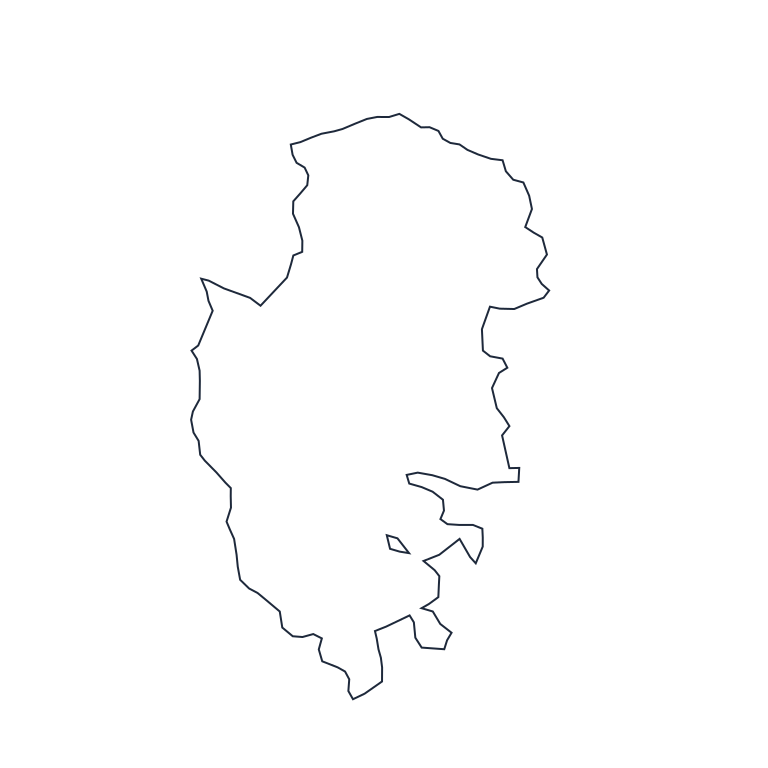 the district of Guapirama, Paraná, Brazil, rotated 232°
{"feature_id": "56859067B61093640054978", "entity_name": "Guapirama", "entity_type": "district", "adm_level": 2, "iso_a3": "BRA", "parent_name": "Brazil", "parent_adm1": "Paraná", "projection": "robinson", "projection_center": [-50.09, -23.472], "detail": "fine", "context": "isolated", "style": "outline", "palette": "slate", "viewbox_px": 768, "rotation_deg": 232, "n_neighbors": 0, "source": "geoboundaries", "source_scale": "gbopen_adm2", "svg_char_len": 2219}
<svg xmlns="http://www.w3.org/2000/svg" viewBox="0 0 768 768"><g transform="rotate(232 384 384)"><path d="M380.4,575.3L385.7,592.1L402.0,598.9L411.0,595.2L420.7,591.9L430.8,608.3L443.0,614.3L457.0,617.9L465.4,611.6L476.6,611.0L487.3,615.2L495.6,606.9L506.9,599.5L517.1,593.9L526.3,591.0L533.1,584.7L541.1,581.3L549.9,582.7L558.3,578.0L563.4,571.2L577.4,566.5L587.4,562.4L591.3,552.3L598.6,543.1L603.4,533.7L606.9,521.6L610.5,508.3L613.8,500.3L619.7,488.8L623.0,478.2L626.1,467.0L630.1,458.0L620.9,453.1L612.1,451.3L603.4,454.7L595.0,452.8L587.9,445.9L585.7,435.3L583.8,425.0L574.2,417.1L559.9,413.5L547.2,407.9L538.5,400.9L541.1,391.7L535.5,384.3L527.6,373.1L521.7,334.9L534.3,331.5L557.9,316.7L573.4,309.5L579.5,304.8L566.0,301.2L557.6,296.9L547.2,294.1L528.7,261.3L528.8,252.9L518.9,252.0L508.0,246.9L499.8,240.8L485.6,229.4L480.0,216.5L474.6,210.0L463.0,204.0L453.3,202.9L441.4,195.6L433.9,195.6L417.4,197.5L403.9,198.3L396.3,199.2L389.9,194.1L380.8,187.3L372.5,175.2L364.4,173.0L354.2,170.5L340.2,162.7L330.1,156.3L318.3,150.1L305.9,151.8L297.2,155.7L289.1,157.5L268.9,161.8L254.7,153.9L241.4,156.8L234.8,164.0L230.5,174.3L221.8,178.4L215.0,169.2L203.5,164.6L189.3,173.0L181.4,176.3L172.7,174.8L164.0,166.9L154.7,165.5L151.9,178.1L150.8,199.3L161.8,208.0L170.2,213.0L178.3,216.3L187.8,221.5L194.9,224.8L191.5,236.3L185.9,261.7L177.8,260.8L164.8,252.5L153.1,251.4L137.9,268.2L143.2,275.9L146.4,284.1L160.3,280.6L174.7,282.4L184.2,275.6L183.0,283.9L182.6,295.6L192.3,303.9L198.5,309.3L206.1,309.3L220.2,306.2L215.4,322.4L215.4,348.2L194.6,345.3L186.2,345.9L195.1,361.7L202.2,367.3L209.4,372.4L218.2,367.3L226.9,356.2L234.5,347.7L242.8,345.3L247.3,353.3L256.5,359.2L269.2,356.0L279.6,350.2L290.0,342.6L298.4,345.9L293.4,356.0L282.4,365.9L271.7,373.6L256.5,381.2L249.2,387.5L243.2,392.7L239.4,408.8L232.5,418.5L224.1,429.7L234.6,438.9L240.5,431.0L270.8,445.4L273.6,456.9L284.0,458.0L295.5,458.0L314.3,466.6L321.9,481.4L320.9,491.2L331.0,493.1L340.5,484.7L349.4,482.5L366.9,494.9L379.7,515.1L372.1,521.6L362.9,532.8L359.3,546.1L353.7,562.9L356.0,571.7L365.7,569.9L373.6,570.6L380.4,575.3ZM235.3,299.6L242.2,293.2L250.4,287.3L263.1,293.1L254.1,299.6L235.3,299.6Z" fill="none" stroke="#1e293b" stroke-width="2"/></g></svg>